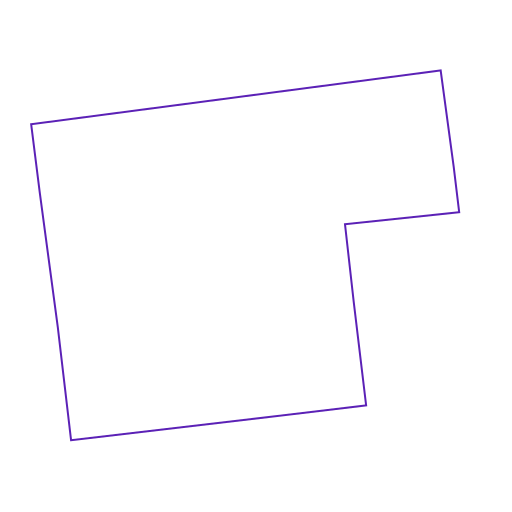 Fayette, Indiana, United States of America (orthographic projection), rotated 83°
{"feature_id": "52423323B31506372049055", "entity_name": "Fayette", "entity_type": "district", "adm_level": 2, "iso_a3": "USA", "parent_name": "United States of America", "parent_adm1": "Indiana", "projection": "orthographic", "projection_center": [-85.152, 39.657], "detail": "fine", "context": "isolated", "style": "outline", "palette": "violet", "viewbox_px": 512, "rotation_deg": 83, "n_neighbors": 0, "source": "geoboundaries", "source_scale": "gbopen_adm2", "svg_char_len": 304}
<svg xmlns="http://www.w3.org/2000/svg" viewBox="0 0 512 512"><g transform="rotate(83 256 256)"><path d="M416.3,462.0L417.4,255.8L417.7,164.9L313.3,164.6L235.3,163.8L237.3,49.0L191.7,48.9L94.3,50.1L97.8,463.1L166.3,462.9L302.6,461.4L416.3,462.0Z" fill="none" stroke="#5b21b6" stroke-width="2"/></g></svg>